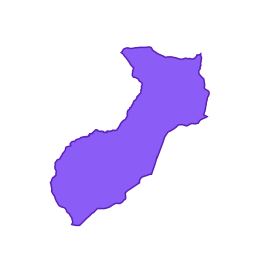 the district of Saliste, Sibiu, Romania, rotated 341°
{"feature_id": "2599482B49493178649584", "entity_name": "Saliste", "entity_type": "district", "adm_level": 2, "iso_a3": "ROU", "parent_name": "Romania", "parent_adm1": "Sibiu", "projection": "mercator", "projection_center": [23.761, 45.54], "detail": "fine", "context": "isolated", "style": "filled", "palette": "violet", "viewbox_px": 256, "rotation_deg": 341, "n_neighbors": 0, "source": "geoboundaries", "source_scale": "gbopen_adm2", "svg_char_len": 5787}
<svg xmlns="http://www.w3.org/2000/svg" viewBox="0 0 256 256"><g transform="rotate(341 128 128)"><path d="M220.9,81.5L219.5,82.1L219.1,82.1L217.8,81.7L217.3,81.3L217.2,81.3L216.8,81.6L216.7,81.9L216.1,82.3L215.8,82.8L215.6,82.9L214.7,83.1L213.7,83.9L213.1,84.0L211.9,83.8L210.2,83.4L209.2,82.4L208.3,82.1L207.5,82.2L207.2,82.1L205.6,80.9L204.9,80.7L203.7,80.6L203.0,80.7L202.0,80.7L200.6,80.2L199.7,79.9L195.8,77.0L194.2,76.2L192.8,75.2L191.7,74.7L188.6,73.7L187.0,73.4L186.2,73.4L185.8,72.9L185.6,72.5L185.0,71.8L183.0,69.9L180.9,68.1L179.3,66.1L176.6,62.4L176.3,60.0L175.8,59.1L174.2,58.2L171.0,57.5L166.1,55.8L163.0,55.1L160.9,54.5L158.8,54.3L156.3,53.7L155.2,53.1L154.1,52.2L152.3,51.8L149.9,51.9L149.0,52.3L146.7,54.3L146.1,54.5L146.8,55.5L147.7,57.2L148.0,58.5L148.5,59.9L149.0,60.9L149.7,63.1L150.5,65.9L150.7,67.1L151.0,68.0L150.9,68.4L151.1,69.0L151.6,70.3L152.1,71.5L153.0,72.9L152.4,73.5L152.2,74.1L151.7,74.7L150.9,75.8L150.2,77.5L149.5,78.7L149.2,79.9L149.6,81.3L149.7,81.7L151.4,82.6L152.6,83.8L153.5,84.8L153.7,85.4L153.9,87.1L154.1,87.4L154.7,88.1L155.3,89.0L155.7,90.2L155.8,91.1L155.6,91.3L155.1,92.1L154.4,92.8L154.1,93.3L154.0,93.7L154.0,94.4L154.0,94.8L153.7,95.2L152.7,96.0L152.6,96.5L152.4,96.6L152.5,97.0L151.8,98.5L151.5,99.0L151.0,99.4L150.1,99.5L149.5,100.0L148.9,100.4L148.7,100.4L148.2,100.8L147.6,100.9L147.4,100.9L147.2,101.3L146.6,101.4L146.5,101.6L146.3,102.5L145.9,102.7L144.5,103.8L143.9,103.9L143.4,104.2L142.4,104.4L141.9,105.0L141.5,105.4L141.3,105.8L140.9,106.0L140.7,106.3L140.3,107.1L139.9,107.5L139.1,107.7L138.9,108.1L138.6,108.3L137.7,109.2L137.2,109.6L136.3,109.5L136.2,109.6L135.9,110.3L135.6,110.7L135.2,110.9L133.7,111.3L133.4,111.8L132.7,112.4L132.7,112.6L132.7,113.0L132.2,113.5L132.0,114.0L131.9,114.6L131.5,115.2L131.5,115.8L131.4,116.2L130.2,117.3L129.6,118.0L128.7,118.8L127.2,119.4L126.1,119.3L125.2,120.0L124.1,120.3L123.1,121.1L122.5,121.5L121.9,122.1L121.3,122.5L121.1,122.7L120.8,123.3L120.4,123.6L119.9,123.9L119.6,124.0L119.2,124.3L119.0,124.7L118.3,125.1L117.8,125.2L117.1,126.0L116.8,126.2L116.4,126.3L114.4,126.0L113.9,125.5L112.9,125.1L112.2,125.2L111.8,125.6L111.4,125.7L111.0,125.4L110.1,125.1L109.6,125.1L109.1,125.0L108.9,125.2L108.7,125.1L107.7,124.1L107.4,124.0L107.2,124.1L107.1,124.6L106.8,125.0L106.4,125.3L106.0,125.2L105.6,124.7L105.3,124.5L104.2,124.6L103.6,124.3L103.5,123.4L103.3,123.1L103.1,122.9L102.5,122.8L102.2,122.7L101.8,122.3L101.3,122.2L100.5,122.1L99.8,121.9L99.6,121.5L98.6,120.9L98.6,120.5L98.2,120.4L98.3,120.0L97.9,120.0L97.5,119.6L97.3,119.2L97.0,119.2L96.0,119.5L95.2,120.1L93.8,120.5L93.0,121.0L92.7,121.2L92.8,121.6L92.5,121.8L91.6,121.3L91.1,121.3L90.3,121.0L89.9,121.0L89.7,121.1L89.3,122.4L88.8,122.7L88.6,122.4L88.5,122.1L88.3,122.0L87.7,122.9L87.1,123.1L86.3,123.0L85.9,122.5L85.7,122.4L84.6,122.5L83.6,121.9L82.8,121.9L80.7,121.7L80.1,121.7L79.0,122.3L78.5,122.4L75.7,122.1L75.1,122.2L74.5,122.4L73.6,123.2L73.3,123.3L72.9,123.2L72.0,122.8L70.9,122.7L70.6,122.7L69.9,123.0L68.3,124.0L68.1,124.3L68.0,124.7L68.3,125.7L68.1,126.1L67.8,126.3L66.6,126.1L64.2,125.9L63.7,125.9L63.0,126.1L62.7,126.4L62.2,127.4L62.0,127.6L61.5,128.5L60.9,129.1L60.2,129.6L58.1,130.7L57.6,131.0L57.0,132.0L56.7,132.3L56.1,132.6L54.6,133.8L54.4,134.0L54.3,134.4L54.1,134.6L53.3,135.1L53.0,135.2L51.6,135.0L51.0,135.1L50.1,135.4L49.4,136.1L48.6,136.7L48.0,137.0L47.7,137.3L47.6,137.6L47.5,138.6L47.4,139.0L47.0,139.4L46.1,141.3L46.0,141.6L45.8,142.8L46.1,145.0L46.0,145.8L45.0,147.8L44.4,149.3L44.1,149.7L43.9,149.8L43.2,149.6L42.7,149.7L42.4,150.3L42.1,150.6L41.2,150.3L40.6,150.6L39.6,151.5L38.9,152.4L38.7,153.0L37.3,154.0L36.9,154.4L36.7,155.7L36.9,156.2L36.9,156.8L36.9,157.1L36.7,157.3L36.4,157.9L36.4,159.9L36.3,160.6L36.2,160.8L35.9,161.1L35.9,161.3L35.9,161.6L35.7,162.2L35.3,162.6L35.1,163.4L35.4,164.2L35.4,165.4L35.7,165.8L35.9,167.1L36.0,167.5L36.1,167.9L36.5,168.7L36.5,169.5L36.3,169.9L36.2,170.8L36.2,171.7L36.4,173.0L36.4,173.7L36.6,174.4L36.8,175.7L37.0,176.1L37.0,176.4L37.1,177.4L37.4,178.4L37.8,179.3L38.9,180.5L39.5,181.0L40.9,181.9L41.8,182.7L42.3,183.3L42.5,183.9L43.0,185.3L42.8,186.3L42.8,186.7L43.1,187.9L44.0,189.4L44.5,189.9L44.7,190.2L44.8,191.9L45.2,193.3L45.4,193.7L45.6,194.8L45.4,195.1L45.4,196.0L45.2,198.6L45.1,199.3L44.4,199.9L43.4,200.9L44.9,201.9L46.7,202.9L49.6,204.1L50.8,204.2L60.0,199.7L61.8,199.1L66.6,196.8L67.8,196.8L70.8,195.2L73.0,194.2L75.6,195.2L76.8,195.5L78.4,196.2L79.4,196.5L80.3,196.5L81.7,196.7L84.8,196.7L89.0,195.6L91.2,195.3L93.1,195.5L94.4,196.3L95.7,196.7L96.6,196.6L98.1,196.3L100.9,194.7L102.0,194.6L102.4,194.3L102.9,193.7L103.1,193.3L104.3,188.5L106.7,187.3L120.8,183.6L120.6,183.4L120.6,183.2L120.9,182.9L121.1,182.7L121.2,182.4L121.4,182.3L121.5,182.1L121.8,181.9L121.9,181.7L121.8,181.4L122.2,180.7L122.8,180.3L123.7,179.8L124.4,179.2L125.5,179.0L127.6,178.8L128.8,179.0L132.9,178.9L134.4,179.1L135.1,179.4L141.0,171.9L145.3,165.9L145.7,165.2L145.8,165.6L148.8,162.1L157.3,151.7L159.5,148.7L162.7,146.1L164.6,144.8L167.6,144.5L169.6,144.1L173.5,143.0L176.0,141.7L177.3,141.6L178.6,142.0L179.5,142.2L181.2,142.9L182.4,144.0L183.1,144.4L183.3,144.7L183.7,144.8L184.4,145.2L188.5,144.5L189.8,144.5L192.9,146.0L195.9,146.3L196.3,146.1L198.0,144.5L199.4,143.9L200.4,143.7L206.1,143.2L206.6,143.0L203.9,140.3L203.8,140.1L207.0,135.9L208.0,133.8L209.5,131.3L210.3,129.6L211.0,128.4L211.7,127.5L212.9,125.4L213.5,124.4L214.4,123.9L215.6,122.5L216.1,121.6L216.2,119.7L215.7,118.8L213.7,116.5L213.3,115.7L213.4,114.7L213.5,114.0L214.3,112.9L214.9,110.5L215.6,106.3L215.3,105.6L214.1,103.5L212.8,100.1L213.1,98.3L213.3,97.6L213.8,96.7L215.4,95.6L215.8,95.1L215.9,93.8L216.5,93.2L217.0,93.0L217.5,91.7L217.5,91.1L217.9,90.1L218.7,89.0L219.2,87.8L220.0,86.4L220.4,85.6L220.4,83.2L220.9,81.5Z" fill="#8b5cf6" stroke="#5b21b6" stroke-width="1.5"/></g></svg>